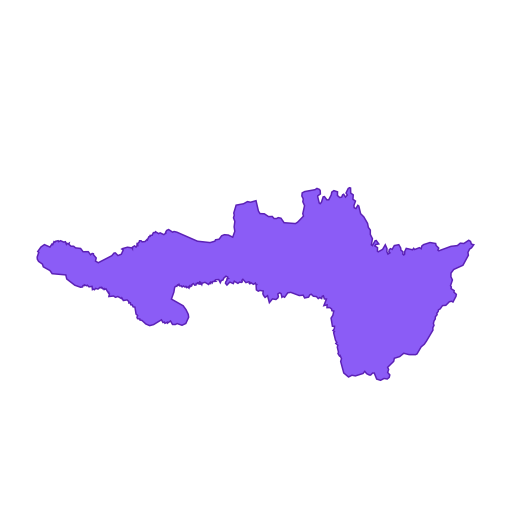 Pang Sila Thong, Kamphaeng Phet, Thailand, rotated 207°
{"feature_id": "78962969B12930513121480", "entity_name": "Pang Sila Thong", "entity_type": "district", "adm_level": 2, "iso_a3": "THA", "parent_name": "Thailand", "parent_adm1": "Kamphaeng Phet", "projection": "natural_earth1", "projection_center": [99.409, 16.024], "detail": "fine", "context": "isolated", "style": "filled", "palette": "violet", "viewbox_px": 512, "rotation_deg": 207, "n_neighbors": 0, "source": "geoboundaries", "source_scale": "gbopen_adm2", "svg_char_len": 6081}
<svg xmlns="http://www.w3.org/2000/svg" viewBox="0 0 512 512"><g transform="rotate(207 256 256)"><path d="M443.2,174.0L443.7,170.4L449.7,170.1L451.7,166.4L452.5,160.9L451.2,160.6L450.5,155.7L449.4,153.9L447.3,152.5L442.6,151.8L440.6,149.8L433.0,149.5L429.6,147.7L416.9,152.8L414.2,149.6L404.2,147.7L398.1,148.5L396.5,149.7L396.7,151.1L395.5,151.7L395.8,152.4L393.4,152.6L393.0,153.4L390.8,152.7L388.3,154.5L386.5,151.8L386.0,152.6L384.6,152.6L384.2,154.3L381.8,154.8L380.7,157.3L379.4,157.2L379.2,158.0L377.3,157.2L376.6,158.0L376.0,157.2L374.8,158.6L371.7,156.6L370.7,156.8L370.5,155.9L369.4,155.7L368.7,153.1L364.7,155.7L362.5,155.4L360.7,157.2L356.5,157.0L356.5,157.7L354.0,156.1L351.0,158.3L348.7,157.7L347.9,156.4L346.7,157.3L345.5,155.7L344.1,156.2L342.4,154.9L340.7,155.5L336.5,149.8L334.5,149.3L334.2,147.3L333.1,146.4L330.9,147.1L330.4,146.3L328.2,146.8L323.3,145.4L319.1,145.7L316.1,148.4L311.3,156.2L308.7,154.5L307.7,155.5L306.6,154.7L305.0,156.7L304.4,156.0L302.7,159.3L299.3,157.1L296.8,158.3L295.6,160.0L290.5,160.7L287.9,164.0L288.2,170.9L289.9,173.3L294.0,176.4L298.3,178.6L311.8,179.2L312.8,186.6L314.3,191.3L313.5,192.9L312.8,193.0L312.8,194.6L312.0,194.6L311.8,195.8L310.2,194.7L309.1,195.5L307.8,194.9L307.1,196.3L305.3,196.1L304.7,197.1L303.7,196.4L303.5,197.1L302.0,197.0L302.0,197.8L301.2,197.3L301.5,198.9L300.9,198.5L300.1,199.5L300.4,200.0L299.8,200.5L300.4,200.9L299.3,203.0L297.3,202.2L296.3,203.0L296.8,204.4L296.0,204.7L295.9,205.7L295.1,206.0L294.7,205.1L294.0,205.2L294.5,207.4L293.5,207.4L292.4,205.2L292.6,206.8L291.3,205.9L291.6,207.4L289.5,209.4L285.3,209.1L285.2,210.2L284.1,210.7L284.9,211.6L284.4,212.5L282.8,212.0L282.9,213.6L280.5,215.1L281.6,215.3L281.1,216.6L278.5,218.1L275.7,216.0L275.8,218.4L274.5,219.7L274.7,221.5L273.6,224.4L271.6,224.4L271.3,223.4L270.5,223.4L271.5,222.2L270.9,221.3L271.2,219.1L270.8,217.8L268.7,216.9L267.5,220.9L263.7,221.1L263.9,223.7L259.7,223.4L258.7,225.4L257.2,225.7L256.5,226.7L257.5,228.0L257.1,229.3L252.9,227.7L250.7,229.8L249.7,229.8L249.7,228.7L248.9,228.4L248.1,229.9L245.5,229.6L244.3,231.5L243.9,230.8L242.4,231.0L242.5,229.7L240.3,226.0L238.0,225.7L236.9,227.1L233.7,228.1L232.7,225.4L231.2,224.2L229.1,223.2L227.7,225.9L222.9,220.5L221.9,225.2L218.5,226.3L217.5,228.6L217.7,230.1L219.3,232.0L218.2,234.0L216.5,233.8L214.2,231.0L213.6,232.2L211.8,232.2L211.0,237.6L208.5,239.4L199.5,240.4L196.2,242.5L193.6,240.7L190.5,243.2L190.4,245.9L189.5,247.0L186.6,246.2L183.7,247.3L181.2,246.3L180.3,248.0L178.2,247.9L178.7,250.2L177.9,251.1L175.6,248.8L173.7,249.6L173.0,242.6L170.5,244.8L169.3,242.2L166.9,243.5L164.6,243.1L163.5,241.7L161.7,242.3L160.6,238.0L160.9,234.7L156.0,228.1L154.1,229.0L153.2,226.7L153.6,224.5L151.8,224.3L152.0,222.9L146.9,217.0L144.8,215.7L145.2,214.3L142.6,213.7L142.2,211.7L138.8,207.7L138.7,206.3L136.2,204.8L135.9,205.5L133.2,203.3L132.7,200.5L124.7,191.6L118.6,190.2L116.4,193.3L113.0,194.3L107.3,199.9L106.7,202.6L104.0,201.4L101.0,201.4L99.8,202.0L99.0,204.6L97.5,205.4L92.6,201.1L88.6,201.8L86.3,205.0L83.2,206.0L82.2,208.3L82.8,210.8L85.8,212.0L86.3,215.1L88.2,216.6L85.5,224.6L86.3,227.7L82.3,231.6L80.2,236.4L74.9,237.6L69.1,240.5L68.1,241.8L67.6,250.0L66.0,253.8L65.5,257.5L64.7,270.3L65.9,272.3L65.9,275.0L67.3,276.4L67.9,278.9L67.7,281.3L68.6,283.3L68.0,285.9L68.9,287.1L68.5,289.3L69.0,290.8L67.9,292.5L67.3,296.5L64.5,298.2L62.9,303.1L61.1,304.5L59.6,304.4L59.5,310.8L60.1,312.8L63.2,313.6L63.7,315.1L67.4,315.5L67.9,317.1L69.2,317.8L70.1,323.8L72.9,326.0L74.5,329.3L73.7,333.8L67.4,341.7L67.1,353.1L68.8,355.4L68.8,359.2L67.7,361.1L67.1,364.9L69.5,364.4L71.5,366.4L73.6,366.6L76.5,361.5L79.8,360.2L81.3,356.7L86.7,353.1L95.5,343.6L96.7,343.9L96.8,346.0L100.3,347.1L101.6,348.7L107.1,347.0L111.9,342.2L112.8,340.1L112.1,337.5L114.2,337.6L117.6,333.8L119.0,334.4L119.3,332.6L125.6,331.0L125.5,327.5L124.4,325.1L124.8,324.0L126.0,324.3L127.0,326.5L129.5,327.0L130.8,328.9L133.9,330.9L137.5,328.1L137.7,323.7L139.5,323.6L140.1,322.1L139.5,320.0L138.1,319.6L139.3,317.6L141.4,319.3L142.6,322.0L145.9,324.7L146.2,319.4L149.0,315.2L150.0,315.4L151.5,318.6L154.7,318.9L154.5,320.5L152.1,322.5L155.9,324.4L156.8,323.6L157.0,318.1L158.3,318.3L160.1,324.3L163.9,327.1L165.9,331.0L168.9,332.5L171.4,335.7L177.7,339.8L182.0,341.2L187.1,347.2L188.3,347.4L188.5,343.6L190.4,343.6L191.6,345.2L192.3,350.1L195.4,350.6L197.1,354.6L200.2,355.1L202.6,359.5L203.7,359.3L204.5,358.0L204.4,353.0L202.3,351.8L203.0,349.1L205.9,350.8L206.6,349.8L206.4,347.4L207.9,346.1L210.9,346.9L212.5,350.2L216.3,349.6L217.5,347.3L216.7,344.6L216.7,339.1L218.3,338.2L222.0,340.0L223.0,339.2L222.1,333.5L222.6,331.7L223.7,331.9L228.0,336.9L228.3,337.7L226.8,340.5L228.4,343.3L229.6,344.1L232.4,343.9L233.5,341.9L241.9,335.5L243.5,333.2L242.4,330.3L239.8,328.3L238.9,325.6L235.6,322.9L233.5,314.9L231.8,313.1L234.3,304.9L235.6,302.8L246.1,298.4L250.9,301.0L253.6,300.3L254.7,298.7L256.9,297.6L259.5,298.6L262.7,296.8L267.7,297.4L271.7,295.6L274.2,297.1L281.1,305.3L285.3,301.4L288.3,300.6L290.8,296.9L296.8,292.3L295.3,284.2L293.9,282.5L293.4,279.8L290.6,277.3L288.7,272.0L286.1,268.4L285.3,262.2L290.2,262.1L293.9,260.6L295.8,258.4L296.5,254.2L299.4,252.1L299.4,250.5L303.0,247.1L314.9,242.6L337.3,241.3L340.2,240.6L341.0,239.4L345.9,239.9L347.2,238.2L347.3,236.0L346.7,235.6L347.8,233.2L351.9,233.1L353.0,231.7L356.6,232.0L356.6,231.0L358.0,230.3L358.0,227.3L359.7,226.2L359.2,225.4L360.2,224.5L360.1,221.0L360.6,221.2L361.4,218.5L363.9,216.9L365.3,217.4L366.7,216.7L366.4,215.3L367.2,213.4L366.5,212.3L367.4,212.6L366.6,210.7L367.0,209.5L368.8,209.9L370.1,207.8L369.4,206.4L370.2,206.9L374.5,205.5L378.2,202.1L378.7,201.3L377.0,201.1L376.8,196.4L379.2,193.7L382.7,194.9L383.8,194.2L384.6,190.8L393.5,178.4L396.7,178.6L397.5,181.7L401.2,183.2L401.9,184.2L403.1,183.9L404.0,182.0L407.4,183.7L412.0,181.3L415.7,183.1L420.5,181.3L422.9,181.9L425.3,180.7L428.0,181.5L428.3,182.6L429.0,181.4L430.2,181.5L430.3,180.4L432.3,182.2L433.6,181.1L437.1,180.9L438.3,179.2L439.2,179.8L441.3,178.1L441.5,177.0L442.5,177.1L442.3,173.8L443.2,174.0Z" fill="#8b5cf6" stroke="#5b21b6" stroke-width="1.5"/></g></svg>